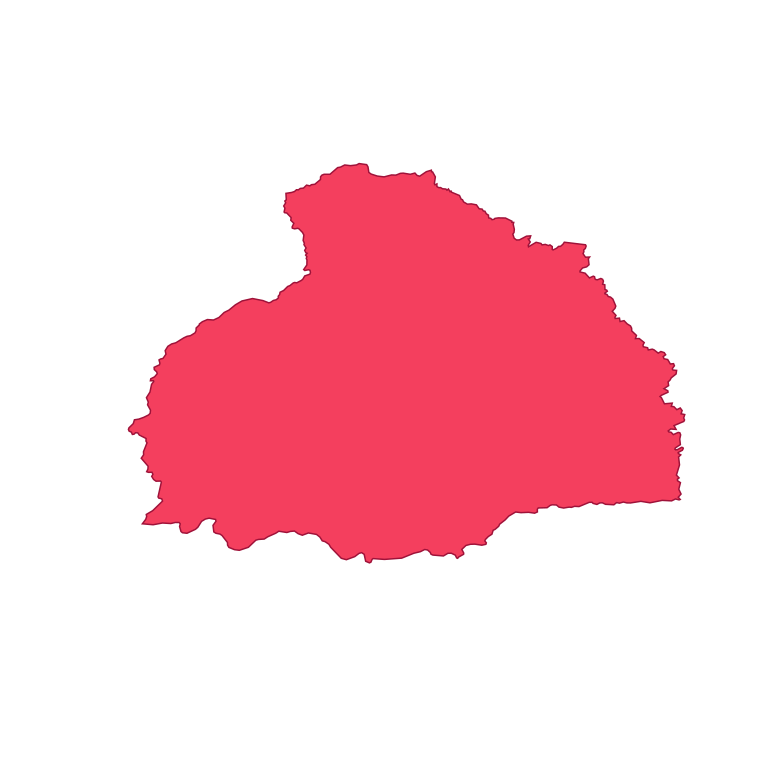 outline of Mercaderes, Cauca, Colombia, rotated 248°
{"feature_id": "7082276B43653558961889", "entity_name": "Mercaderes", "entity_type": "district", "adm_level": 2, "iso_a3": "COL", "parent_name": "Colombia", "parent_adm1": "Cauca", "projection": "equal_earth", "projection_center": [-77.166, 1.806], "detail": "fine", "context": "isolated", "style": "filled", "palette": "rose", "viewbox_px": 768, "rotation_deg": 248, "n_neighbors": 0, "source": "geoboundaries", "source_scale": "gbopen_adm2", "svg_char_len": 6171}
<svg xmlns="http://www.w3.org/2000/svg" viewBox="0 0 768 768"><g transform="rotate(248 384 384)"><path d="M344.9,107.6L340.0,117.2L338.1,126.5L334.5,134.1L333.8,138.6L332.3,142.2L330.7,142.7L328.5,141.1L323.3,140.5L321.6,141.4L319.4,145.4L319.9,154.8L320.9,157.7L325.0,163.4L325.7,167.8L325.1,171.6L321.5,177.1L319.7,176.8L317.0,172.5L310.6,170.8L308.6,172.2L306.3,175.7L304.2,177.1L295.7,179.5L293.2,178.6L290.6,179.0L286.4,183.3L284.0,187.6L283.4,197.1L287.2,206.7L286.9,209.4L285.1,214.9L285.9,219.0L286.2,227.8L286.9,231.3L282.7,238.3L282.4,241.9L281.2,245.9L277.4,248.3L274.4,251.6L274.2,258.1L269.8,265.1L266.1,267.2L261.7,268.0L259.9,270.3L256.0,272.9L252.6,273.4L238.4,279.1L235.2,283.3L234.9,292.2L236.3,297.4L236.0,300.1L233.5,301.8L226.5,300.6L223.6,303.5L223.7,305.1L225.9,307.3L226.2,308.5L221.2,318.7L215.9,335.2L215.9,348.3L214.9,354.9L215.3,359.7L213.8,362.2L210.5,363.8L208.6,363.8L207.1,365.2L202.3,374.7L203.1,379.8L201.9,383.0L198.6,386.0L195.5,386.2L194.8,387.0L195.6,388.4L196.3,394.0L197.4,394.6L201.5,394.2L203.6,399.5L203.0,404.1L201.5,408.2L197.9,414.3L197.2,418.4L198.4,419.4L200.8,418.7L201.9,419.9L203.5,423.6L204.3,427.8L207.5,430.4L207.6,432.5L209.1,437.0L210.7,438.7L212.6,445.4L214.8,450.2L216.0,458.1L213.4,462.8L210.9,469.9L207.8,475.3L207.9,478.3L210.4,479.2L211.3,480.6L208.2,488.9L209.2,492.7L209.0,494.7L207.2,498.6L204.3,500.1L201.7,504.1L200.5,509.5L199.4,511.6L199.2,514.9L197.3,518.9L197.4,529.9L196.4,532.6L195.0,533.1L192.6,536.3L192.9,539.5L192.1,541.9L189.5,544.3L185.9,551.9L186.9,555.2L185.3,557.7L184.9,561.7L182.8,564.6L181.4,567.9L179.0,578.2L174.2,586.1L171.9,598.3L167.9,606.9L168.2,611.2L166.0,614.2L166.0,615.4L168.8,614.4L170.7,618.2L176.0,617.9L181.5,621.9L184.4,619.9L185.8,620.4L186.4,622.4L190.0,621.0L198.3,627.7L206.0,629.8L207.1,632.6L209.2,630.9L210.3,631.1L210.8,635.8L212.1,637.3L213.0,637.3L213.8,636.3L213.2,631.3L213.8,629.7L214.6,629.3L215.6,630.2L216.8,636.1L222.2,637.6L225.7,640.0L228.0,640.0L228.9,638.6L228.7,633.3L231.7,632.1L232.9,630.1L234.0,629.9L234.9,632.9L232.5,637.8L236.8,637.3L237.0,648.0L238.1,649.2L240.2,649.1L243.0,651.4L245.1,648.3L247.7,650.5L250.8,649.7L250.5,645.9L254.4,644.3L255.6,642.0L258.3,644.1L260.6,636.6L267.3,636.1L269.0,635.2L269.6,636.9L270.0,644.3L271.4,644.6L274.8,641.8L275.9,647.3L279.5,648.2L280.5,650.7L282.1,652.6L283.9,658.6L287.0,660.4L288.6,657.3L289.4,656.9L290.4,657.3L292.1,660.1L294.4,660.1L295.3,657.0L300.4,656.2L302.5,653.1L304.8,653.1L305.6,656.1L308.1,655.6L310.4,652.9L309.9,649.8L314.5,647.2L315.8,645.8L316.6,641.8L318.9,642.0L321.4,638.4L323.1,638.7L324.9,640.8L330.5,637.7L331.9,634.1L334.5,636.3L340.4,633.6L343.0,634.5L345.5,634.3L348.6,632.0L352.8,630.3L353.5,626.3L356.9,627.0L358.1,622.9L359.3,623.1L360.7,624.8L365.9,622.9L367.6,626.5L369.4,628.1L377.0,628.0L379.7,626.6L381.1,624.7L383.4,624.3L385.0,622.6L385.7,623.1L386.3,625.8L387.5,625.7L388.9,624.3L393.3,625.9L394.6,624.1L397.2,626.0L399.2,625.9L400.6,624.6L400.7,620.9L401.4,619.6L402.4,619.0L404.6,619.4L405.6,618.4L405.4,614.2L411.4,612.0L414.5,607.7L415.4,608.1L417.2,611.5L416.7,615.8L417.8,618.8L423.6,620.4L424.7,622.2L426.1,618.3L430.3,617.4L431.8,618.9L433.5,619.4L434.2,621.4L436.2,623.1L437.6,623.0L447.9,604.3L446.5,602.2L445.5,599.2L446.2,597.4L445.2,594.8L445.0,591.0L445.7,590.4L448.4,591.5L450.8,590.0L450.8,588.3L453.0,585.9L453.8,582.6L455.5,582.2L458.4,578.1L457.1,569.4L458.6,569.7L460.9,572.8L464.4,572.1L464.1,573.6L466.4,575.5L467.7,571.5L466.9,563.5L467.9,560.8L470.4,559.3L474.7,559.6L475.8,561.3L478.6,562.8L483.6,563.6L485.2,564.8L486.0,563.1L487.0,563.6L492.4,558.8L495.2,552.2L496.0,548.8L495.5,547.9L495.9,545.7L497.6,545.0L498.8,543.3L501.5,544.1L503.5,542.6L506.4,542.3L507.2,540.9L509.4,540.5L510.8,537.9L515.5,536.8L518.3,532.4L519.5,528.7L523.0,526.0L525.5,525.8L526.4,524.8L530.5,524.6L536.5,518.5L537.8,518.4L537.6,517.3L540.7,516.8L540.1,515.0L541.6,514.4L543.1,511.4L544.9,510.1L545.5,508.4L547.2,507.0L549.7,508.0L549.6,505.9L550.8,505.7L556.8,509.2L562.4,508.5L563.0,507.6L564.5,508.0L565.0,502.8L563.3,494.9L565.0,492.8L568.0,491.7L568.6,486.9L572.3,480.8L573.2,478.0L573.2,473.3L575.0,469.3L576.0,461.7L579.3,455.7L583.4,450.8L585.8,449.2L591.3,450.5L593.9,450.1L597.7,443.5L597.4,440.6L599.0,434.7L601.8,429.6L601.4,424.9L602.0,422.1L598.7,412.5L600.9,407.0L600.9,404.6L599.9,402.8L597.4,401.7L595.1,394.7L596.0,391.4L595.5,389.5L597.4,386.7L595.8,382.7L596.7,379.6L596.1,377.4L596.9,375.6L596.0,373.1L596.2,370.1L597.5,364.5L591.4,362.4L590.8,360.6L588.8,360.7L586.6,357.7L584.2,358.0L580.9,355.8L580.0,356.1L579.0,357.9L573.1,360.2L570.7,358.9L566.8,360.6L564.0,357.6L562.8,357.4L561.3,359.3L560.7,362.3L559.9,363.2L555.0,365.2L552.1,365.5L547.4,362.8L544.4,362.9L543.2,362.0L539.3,362.7L537.6,360.5L535.0,360.7L534.0,361.7L532.9,359.6L531.0,360.2L529.4,358.9L528.0,359.1L523.3,357.1L520.2,352.4L518.9,353.1L518.2,356.9L517.1,358.0L514.9,357.6L513.6,356.4L513.9,351.0L511.6,348.0L511.0,346.2L510.5,341.0L511.6,339.2L511.7,337.7L510.5,333.7L510.5,331.2L508.3,326.0L508.0,322.0L506.0,320.7L505.0,318.8L503.4,318.4L502.5,315.6L502.9,312.7L502.2,309.4L502.4,307.6L506.7,303.0L512.5,294.1L514.2,283.4L513.1,275.9L510.6,267.9L510.2,262.6L507.5,255.9L507.2,249.9L509.9,244.4L509.8,238.9L508.8,235.3L507.9,234.8L506.3,230.8L503.8,229.7L502.2,227.9L501.3,222.6L502.0,219.3L501.8,215.7L500.2,206.3L500.7,202.1L499.9,197.7L496.9,193.6L493.3,193.0L490.5,188.6L490.9,186.2L490.6,184.4L487.2,184.0L485.9,183.0L485.6,177.1L483.4,176.4L480.4,177.8L478.5,177.6L476.6,173.9L476.2,169.7L474.5,168.6L473.4,171.5L472.5,171.4L470.8,168.4L464.2,164.0L460.3,158.6L455.5,158.7L453.3,157.0L447.2,157.7L444.4,156.2L443.5,154.1L443.1,148.7L443.3,143.5L444.3,139.2L441.2,136.7L438.9,131.1L437.6,130.0L435.8,130.0L434.0,131.7L431.5,131.8L431.1,133.4L431.9,135.4L430.9,137.4L428.3,138.0L422.6,143.0L420.2,141.9L418.2,142.2L411.3,135.6L408.4,134.6L406.1,131.1L396.1,134.5L393.5,133.2L391.6,131.1L390.4,132.4L389.1,135.8L386.8,135.9L385.4,134.0L381.8,134.6L379.3,136.2L377.7,140.5L376.4,140.8L364.0,132.2L362.6,132.4L360.8,134.9L358.4,134.8L353.2,122.1L352.1,114.7L350.0,114.3L347.8,112.4L344.9,107.6Z" fill="#f43f5e" stroke="#9f1239" stroke-width="1.5"/></g></svg>